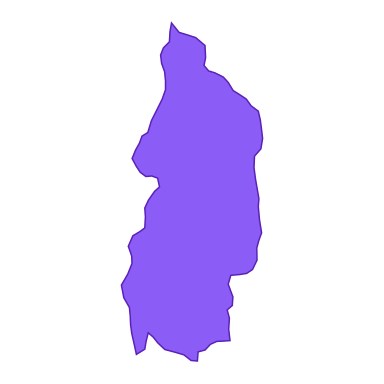 Dona Euzébia, Minas Gerais, Brazil
{"feature_id": "56859067B95885529196017", "entity_name": "Dona Euzébia", "entity_type": "district", "adm_level": 2, "iso_a3": "BRA", "parent_name": "Brazil", "parent_adm1": "Minas Gerais", "projection": "equal_earth", "projection_center": [-42.804, -21.326], "detail": "fine", "context": "isolated", "style": "filled", "palette": "violet", "viewbox_px": 384, "rotation_deg": 0, "n_neighbors": 0, "source": "geoboundaries", "source_scale": "gbopen_adm2", "svg_char_len": 1297}
<svg xmlns="http://www.w3.org/2000/svg" viewBox="0 0 384 384"><path d="M136.4,354.4L144.8,349.2L146.0,341.9L148.2,332.8L153.1,337.0L157.9,343.0L164.8,349.5L174.6,352.1L183.8,354.8L191.1,360.5L197.4,361.0L198.1,351.9L205.1,350.0L210.4,344.3L216.8,341.4L223.0,341.1L230.0,340.6L228.7,329.2L229.4,318.2L227.2,309.9L232.3,305.5L232.9,296.9L228.2,284.2L230.8,275.3L240.0,274.5L246.7,273.4L252.5,269.5L257.0,260.2L256.8,247.9L258.9,240.3L261.6,232.8L259.5,219.8L258.3,206.7L258.9,198.6L257.6,191.1L255.6,179.7L254.0,167.6L254.5,156.2L260.9,148.8L262.6,138.5L261.3,127.5L260.3,119.9L258.3,111.2L251.2,105.9L246.3,99.1L240.5,95.2L233.1,90.5L228.2,82.4L223.2,77.0L214.8,72.8L208.6,70.9L204.0,65.5L205.6,57.7L205.0,45.5L195.8,37.7L187.7,35.0L179.1,32.4L171.5,23.0L170.0,31.6L169.4,41.8L163.4,47.9L160.6,55.0L161.6,63.4L164.6,71.7L165.5,80.6L165.5,89.7L162.2,99.1L157.0,109.6L151.4,120.7L147.8,132.5L142.0,136.1L139.5,143.0L135.6,150.0L132.1,158.5L136.3,166.3L140.3,172.4L145.9,176.5L151.8,176.0L157.6,178.1L159.5,186.9L154.6,191.3L148.4,200.2L144.8,208.0L145.4,216.9L144.8,227.9L139.7,231.7L132.9,235.7L128.3,246.3L131.7,256.0L132.0,263.5L127.8,274.0L121.4,285.1L123.8,297.7L129.4,307.5L130.2,315.6L130.6,324.7L131.7,333.1L134.2,344.3L136.4,354.4Z" fill="#8b5cf6" stroke="#5b21b6" stroke-width="1.5"/></svg>